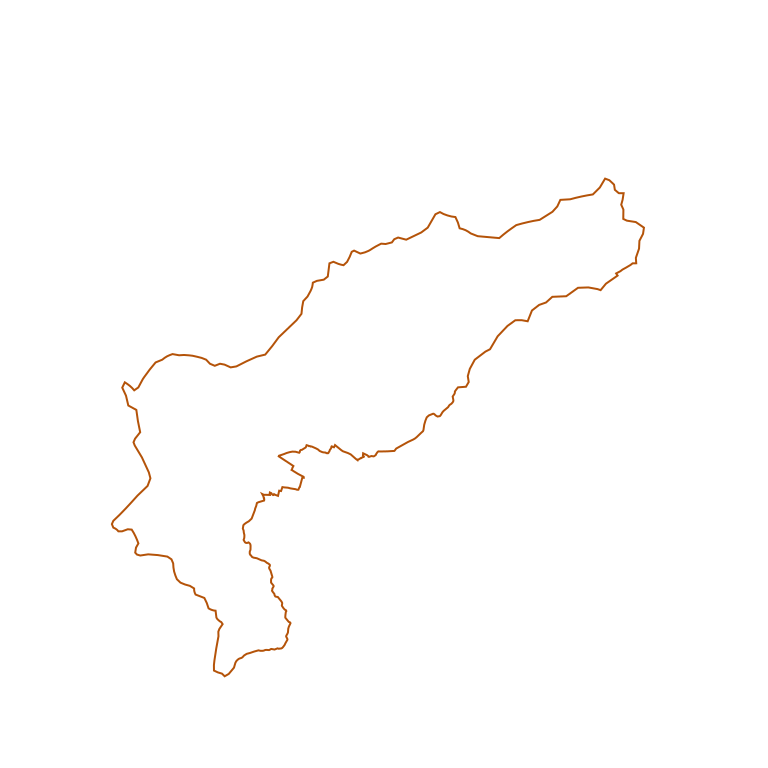 Glimboca, Caras-Severin, Romania (Albers equal-area conic projection), rotated 54°
{"feature_id": "2599482B78068825292694", "entity_name": "Glimboca", "entity_type": "district", "adm_level": 2, "iso_a3": "ROU", "parent_name": "Romania", "parent_adm1": "Caras-Severin", "projection": "albers", "projection_center": [22.334, 45.53], "detail": "fine", "context": "isolated", "style": "outline", "palette": "amber", "viewbox_px": 768, "rotation_deg": 54, "n_neighbors": 0, "source": "geoboundaries", "source_scale": "gbopen_adm2", "svg_char_len": 6148}
<svg xmlns="http://www.w3.org/2000/svg" viewBox="0 0 768 768"><g transform="rotate(54 384 384)"><path d="M434.6,109.0L430.0,106.1L424.4,98.1L418.3,93.2L414.8,86.2L410.3,81.8L401.0,85.1L394.6,91.5L391.1,93.4L383.6,87.8L378.4,86.7L375.2,82.7L370.5,78.0L367.6,81.9L362.6,83.1L357.9,80.7L351.6,81.9L347.8,84.4L351.9,93.9L353.4,103.6L350.8,108.8L348.4,114.0L346.1,119.4L344.0,124.8L338.7,133.1L342.2,139.4L343.7,146.5L342.7,161.6L340.0,167.0L337.6,172.4L335.3,178.0L333.2,183.6L333.1,188.9L333.1,194.3L333.3,199.6L333.7,205.0L319.5,221.3L313.2,225.3L310.3,226.3L307.5,227.6L304.9,229.3L302.5,231.3L296.8,229.3L290.9,228.1L288.1,231.0L284.9,233.6L281.5,235.9L277.8,237.7L276.9,242.6L283.2,256.7L283.3,264.8L280.3,281.2L273.8,286.5L272.9,290.6L274.1,294.4L271.7,300.4L268.8,303.8L267.9,309.8L267.6,313.2L267.4,316.6L267.2,318.2L266.3,322.0L264.9,325.6L264.5,326.5L258.5,329.8L258.1,332.4L261.0,337.1L263.5,342.1L264.1,346.9L262.1,348.7L260.0,350.3L255.4,353.1L254.3,357.2L264.0,366.3L264.2,371.4L261.1,377.7L260.2,382.0L261.8,383.5L263.3,385.1L264.5,386.9L265.6,388.8L268.3,394.5L269.5,400.6L273.9,405.2L278.7,409.5L281.0,417.3L284.3,441.7L287.6,452.1L290.4,462.8L287.1,470.8L284.8,481.9L283.0,493.1L280.4,498.3L274.6,501.6L271.2,504.8L269.8,510.2L265.3,512.9L259.8,513.6L255.7,516.2L252.0,519.3L248.6,522.3L246.2,524.9L243.0,528.7L240.3,532.9L235.5,537.5L234.7,540.3L234.1,543.2L233.9,546.1L234.0,549.1L232.3,556.1L234.6,565.0L237.4,573.8L238.3,576.3L242.4,584.8L242.3,589.8L239.2,590.1L236.2,590.7L233.2,591.6L230.3,592.7L233.1,597.9L241.8,599.6L251.1,603.5L259.4,599.6L269.4,604.9L279.7,609.6L281.9,617.5L283.9,620.9L287.3,621.8L301.1,623.0L317.3,626.2L323.0,628.4L327.5,635.2L329.4,649.0L331.2,657.5L332.9,666.1L334.4,674.7L335.6,683.4L337.4,686.5L341.1,687.4L342.5,686.6L344.0,686.0L345.5,685.6L347.1,685.5L349.2,682.6L350.9,676.7L353.5,673.7L357.4,674.0L361.2,674.6L364.9,675.4L368.6,676.4L370.6,680.8L374.2,684.4L376.8,684.1L379.5,682.0L383.2,674.9L389.5,667.5L396.3,660.7L400.9,659.0L405.2,660.0L408.7,662.2L412.3,664.0L416.2,665.3L420.2,666.3L425.1,665.4L429.3,662.8L433.2,659.7L437.8,657.8L439.1,658.7L440.5,659.4L442.0,659.9L443.6,660.2L451.5,655.1L457.0,656.1L462.4,657.8L464.1,657.0L465.7,656.0L467.1,654.9L468.4,653.5L474.5,656.9L476.2,657.0L477.8,656.7L479.5,656.3L481.0,655.6L483.4,655.7L485.4,661.2L487.0,663.6L490.8,666.2L499.3,675.1L508.0,683.7L511.4,686.8L515.9,690.0L519.7,687.9L523.1,685.3L526.8,684.7L527.3,680.0L525.3,672.1L522.2,668.1L521.4,666.4L521.1,664.7L521.0,663.2L521.3,661.8L521.8,660.4L521.9,659.2L521.4,656.8L521.6,653.7L522.8,650.6L524.1,646.4L525.7,642.1L527.3,640.7L528.4,639.2L529.0,638.0L529.4,636.4L530.0,635.4L531.7,633.4L531.9,632.4L531.9,631.5L532.2,630.8L534.5,628.6L535.3,625.5L536.4,624.7L536.9,623.6L537.5,622.7L537.7,621.6L537.5,620.4L536.7,617.8L535.8,616.2L534.1,612.4L533.3,612.0L530.8,611.6L530.2,611.0L529.2,608.8L528.5,607.7L525.7,605.3L524.4,603.6L522.6,600.3L522.1,600.1L521.7,600.1L520.8,600.7L520.3,600.9L515.3,601.2L514.7,601.0L512.8,599.4L510.7,597.4L510.3,596.5L509.4,596.3L508.2,596.9L506.3,597.1L503.7,597.0L503.1,596.8L501.9,595.5L501.1,595.0L499.6,594.8L493.9,595.1L492.7,596.3L492.0,596.8L490.7,596.7L489.4,596.1L486.1,596.2L485.4,596.1L485.0,595.5L483.9,594.6L482.9,592.3L482.2,591.9L481.7,591.9L478.3,592.1L476.2,590.6L475.4,589.8L475.0,589.0L474.9,588.1L474.2,587.6L468.2,585.5L466.6,585.4L465.6,585.2L464.8,584.7L464.0,583.2L463.3,582.7L462.8,582.7L461.3,583.1L460.0,583.8L457.8,584.4L456.5,585.0L454.7,586.7L450.2,589.3L447.8,591.6L446.4,592.4L444.4,592.4L443.9,592.6L442.5,592.4L441.7,591.9L440.6,591.0L439.8,589.7L439.3,589.2L436.4,587.0L435.2,586.4L434.4,586.3L433.2,586.5L432.5,586.7L432.1,588.3L431.2,589.2L430.4,589.5L428.1,589.3L427.6,589.2L426.7,587.9L425.8,587.0L424.1,585.7L421.9,584.8L420.0,583.7L418.0,583.2L415.6,580.8L415.5,580.3L415.3,579.4L415.3,576.8L415.6,574.1L415.1,570.2L410.2,562.7L409.1,561.5L407.5,559.0L405.6,556.8L405.8,555.2L407.8,549.5L407.1,548.8L406.0,548.2L405.9,548.4L404.0,547.6L401.4,547.2L403.1,546.3L403.9,545.1L406.7,541.5L405.5,540.9L404.7,540.1L406.1,539.3L407.4,539.4L408.7,539.0L408.9,538.5L408.5,537.7L409.6,537.2L412.2,535.5L408.7,531.5L410.1,530.2L407.7,526.8L409.0,525.5L411.5,522.6L413.5,521.0L417.1,517.4L418.4,516.5L418.8,516.0L419.2,515.4L417.8,513.1L417.9,512.7L411.9,505.3L412.7,504.0L411.9,503.6L406.2,506.4L399.2,509.3L398.8,508.3L398.2,507.7L397.1,505.5L379.8,512.0L380.1,511.8L381.9,506.1L382.6,503.3L383.7,500.3L384.9,497.8L386.8,495.4L389.8,493.0L389.7,492.4L388.6,491.1L388.5,490.6L388.5,490.0L389.0,489.2L389.3,484.7L389.1,484.2L388.0,482.6L389.1,481.7L390.2,481.2L390.3,480.9L390.7,480.4L391.5,480.1L391.8,479.5L392.3,479.1L395.9,477.0L398.1,475.9L400.4,475.4L402.8,474.0L403.6,473.3L405.2,471.5L406.0,471.3L406.8,470.4L407.1,470.0L407.1,469.5L406.8,469.2L406.5,468.0L406.2,467.5L405.4,466.4L405.2,465.4L404.7,464.3L403.7,463.2L403.7,462.9L405.3,462.1L405.8,461.6L404.6,459.5L412.2,457.5L413.7,457.0L414.4,456.7L418.6,453.8L421.4,452.3L428.1,450.8L430.0,450.2L429.6,449.8L430.1,449.3L430.3,446.3L430.5,446.3L430.6,446.0L430.6,444.9L430.8,444.0L431.1,443.4L430.9,443.1L430.5,443.6L429.9,443.1L429.5,443.1L427.8,441.6L431.7,439.5L433.6,439.0L433.8,439.2L434.1,439.0L434.9,436.5L436.4,435.0L436.6,434.4L436.6,432.4L436.0,431.4L435.3,429.4L435.2,428.2L436.6,426.4L440.5,420.8L444.2,415.0L444.2,414.6L443.4,412.1L445.0,398.7L446.1,393.0L446.3,391.0L446.2,388.9L445.4,383.1L445.1,380.2L444.4,379.1L440.6,375.4L437.9,371.9L436.1,369.0L435.8,366.1L436.9,361.8L437.3,361.3L438.4,360.9L439.8,360.7L441.8,359.8L442.8,357.7L442.6,356.6L441.2,353.3L440.8,351.5L440.4,345.7L439.7,344.0L439.5,343.1L439.6,341.1L439.2,339.2L438.6,338.0L437.9,337.4L434.5,335.8L433.5,333.0L432.9,332.0L431.7,331.0L431.1,329.2L430.2,326.1L434.4,319.3L432.2,314.3L426.9,311.6L422.2,305.7L417.7,296.3L417.4,282.9L418.2,277.8L412.2,264.0L409.6,250.0L409.6,240.3L413.3,235.1L417.7,230.9L411.5,221.1L411.2,212.0L413.3,205.0L412.4,196.6L420.1,185.0L420.2,170.5L426.0,161.9L432.7,155.5L435.4,153.6L433.3,145.5L433.6,131.3L431.0,131.2L431.7,126.4L431.6,123.9L432.1,119.9L432.6,114.6L432.5,112.0L434.6,109.0Z" fill="none" stroke="#b45309" stroke-width="2"/></g></svg>